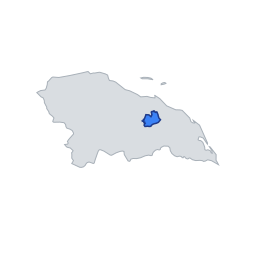 San Esteban, Olancho, Honduras shown in context, rotated 27°
{"feature_id": "27666195B69653705101844", "entity_name": "San Esteban", "entity_type": "district", "adm_level": 2, "iso_a3": "HND", "parent_name": "Honduras", "parent_adm1": "Olancho", "projection": "orthographic", "projection_center": [-85.837, 15.313], "detail": "fine", "context": "in_parent", "style": "filled", "palette": "blue", "viewbox_px": 256, "rotation_deg": 27, "n_neighbors": 0, "source": "geoboundaries", "source_scale": "gbopen_adm2", "svg_char_len": 4117}
<svg xmlns="http://www.w3.org/2000/svg" viewBox="0 0 256 256"><g transform="rotate(27 128 128)"><path d="M225.3,119.6L217.2,119.2L213.4,120.2L211.8,122.5L210.3,123.5L209.2,123.3L206.7,124.2L203.1,126.3L199.8,127.0L196.9,126.6L196.0,127.1L195.8,127.7L195.4,128.4L194.2,128.7L192.9,128.6L191.5,127.9L190.7,128.2L190.6,129.5L189.8,129.8L188.3,129.2L186.6,129.7L184.8,131.3L182.1,131.6L178.7,130.8L176.1,129.1L174.2,126.6L172.0,126.0L168.1,127.8L166.5,130.0L166.1,131.3L166.5,132.5L165.8,133.4L164.0,133.8L162.6,135.2L161.6,137.8L161.5,139.8L162.0,141.1L161.1,142.2L158.7,142.8L155.9,145.0L152.7,148.8L149.5,151.4L146.3,152.9L144.7,154.5L144.8,156.3L144.6,156.9L144.0,157.1L143.0,157.3L136.8,153.4L135.0,150.7L133.4,151.1L131.5,152.5L128.7,155.5L125.8,159.7L124.4,160.2L117.0,159.5L113.1,159.9L112.3,160.5L112.0,162.0L112.2,164.1L113.2,171.4L113.8,174.5L113.2,175.4L111.2,175.6L108.7,176.0L107.3,177.4L106.9,178.8L106.8,180.8L105.9,182.9L104.3,184.3L102.8,184.9L94.0,185.2L94.2,181.8L91.6,180.4L90.2,177.5L89.0,175.6L89.4,174.4L89.3,173.1L85.7,172.0L82.4,172.8L80.4,172.2L79.0,171.5L81.5,169.8L81.6,168.8L80.9,168.0L80.1,167.5L80.3,165.6L80.8,163.4L82.2,158.1L81.7,157.2L79.5,155.6L76.7,155.4L73.6,155.9L72.1,155.0L70.8,153.2L68.6,152.3L64.6,153.7L60.5,155.9L59.2,156.6L58.1,156.5L57.7,154.9L57.5,152.9L57.2,152.5L55.0,151.7L52.4,151.2L51.1,150.7L49.9,149.3L46.8,147.6L46.1,146.3L42.0,143.4L41.2,141.9L40.3,140.9L38.3,139.5L36.7,139.8L31.5,138.1L30.7,137.9L31.5,136.5L33.2,134.3L36.8,131.8L37.1,129.8L36.3,125.9L35.3,123.4L35.9,122.3L37.1,117.8L37.9,116.7L43.2,114.5L43.7,114.2L47.8,111.1L52.4,107.6L57.2,103.7L62.5,99.4L65.4,96.9L66.8,95.8L69.8,96.8L72.2,94.7L73.6,94.0L76.8,91.6L77.8,91.1L83.2,90.1L85.8,90.1L88.1,92.7L89.9,94.1L93.3,92.9L96.2,92.7L108.0,95.1L112.7,94.1L121.3,93.9L125.2,94.5L130.6,91.2L134.2,90.5L138.3,89.0L137.7,87.4L136.7,86.7L143.0,87.4L152.4,90.7L162.4,90.1L166.0,88.3L168.3,87.7L178.5,91.1L181.2,93.8L183.3,94.0L185.0,93.4L185.4,92.8L183.4,92.3L182.5,91.5L190.5,93.0L205.8,105.4L206.1,106.4L199.6,102.8L196.2,103.1L195.3,103.7L195.5,105.7L195.8,106.7L197.3,106.8L198.4,106.2L201.1,106.8L202.8,108.2L205.0,110.2L206.3,112.4L207.7,112.4L209.1,111.1L211.7,110.9L213.4,112.4L214.5,112.3L212.9,110.0L208.9,107.7L209.8,107.6L218.6,111.7L221.1,116.8L223.1,118.0L225.3,119.6ZM123.2,75.2L118.2,77.7L116.7,77.6L119.0,75.7L122.7,74.0L125.8,73.2L128.4,73.6L123.2,75.2ZM140.3,72.5L137.9,74.4L137.5,73.5L138.7,71.8L140.1,70.8L141.5,70.9L141.1,71.6L140.3,72.5Z" fill="#d9dde1" stroke="#a8b0b8" stroke-width="1"/><path d="M146.5,100.6L146.3,100.6L146.2,100.7L146.2,100.8L146.0,101.0L145.9,101.0L145.7,101.2L145.7,101.3L145.4,101.4L145.4,101.5L145.2,101.5L144.9,101.5L144.8,101.4L144.7,101.5L144.4,101.5L144.3,101.4L144.2,101.4L144.0,101.2L143.9,101.1L143.8,100.9L143.7,100.9L143.5,101.0L143.4,101.1L143.2,101.1L142.9,101.3L142.9,101.5L143.0,101.7L143.0,101.8L142.9,101.9L142.9,102.0L142.7,102.1L142.4,102.2L142.1,102.3L141.9,102.5L141.7,102.6L141.7,102.8L141.5,103.1L141.5,103.3L141.7,103.5L141.8,103.5L143.3,105.3L143.3,105.5L143.2,105.6L143.3,105.8L143.3,106.0L143.4,106.3L143.3,106.5L143.2,106.5L143.1,106.8L143.3,106.9L143.3,107.0L143.4,107.3L143.2,107.4L143.2,107.5L140.7,106.8L137.9,108.0L138.1,109.1L138.4,112.0L138.1,113.1L138.5,113.2L138.6,113.3L137.9,113.6L138.0,114.5L138.0,114.8L137.9,114.9L138.0,114.9L138.0,115.0L138.1,114.9L138.2,115.0L138.3,115.0L138.5,115.2L138.8,115.2L138.9,115.3L139.0,115.4L139.2,115.5L139.3,115.4L139.5,115.4L139.5,115.5L139.6,115.8L139.6,115.7L139.7,115.8L139.8,115.8L140.0,115.8L140.2,116.0L140.2,115.9L140.3,115.9L140.2,115.8L140.3,115.8L140.5,115.7L140.6,115.8L140.8,116.0L140.8,115.9L140.9,116.0L141.0,116.1L140.9,116.3L141.0,116.3L140.9,116.5L141.0,116.8L141.0,118.1L142.1,118.8L142.3,118.8L142.5,118.9L144.1,117.9L144.8,117.4L145.7,117.2L147.0,116.6L147.5,116.0L147.6,115.9L147.7,115.7L147.7,115.4L147.6,115.2L148.2,113.7L149.2,112.5L151.1,110.9L152.4,109.3L152.5,109.1L153.2,105.9L151.9,105.4L151.6,105.3L151.3,105.2L150.7,104.8L150.5,104.6L150.3,104.3L150.0,104.0L149.6,103.7L148.8,102.6L146.5,100.6Z" fill="#3b82f6" stroke="#1e3a8a" stroke-width="1.5"/></g></svg>